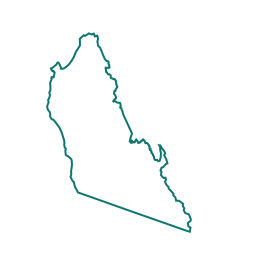 the district of Monterey, California, United States of America, rotated 19°
{"feature_id": "52423323B78495074223375", "entity_name": "Monterey", "entity_type": "district", "adm_level": 2, "iso_a3": "USA", "parent_name": "United States of America", "parent_adm1": "California", "projection": "equal_earth", "projection_center": [-121.197, 36.354], "detail": "fine", "context": "isolated", "style": "outline", "palette": "teal", "viewbox_px": 256, "rotation_deg": 19, "n_neighbors": 0, "source": "geoboundaries", "source_scale": "gbopen_adm2", "svg_char_len": 4616}
<svg xmlns="http://www.w3.org/2000/svg" viewBox="0 0 256 256"><g transform="rotate(19 128 128)"><path d="M70.7,53.4L68.9,50.7L66.9,52.2L64.9,49.9L63.3,51.4L60.2,51.3L57.4,54.9L55.9,54.7L53.4,59.4L53.5,59.7L55.3,64.3L55.7,65.8L53.9,73.2L53.7,78.2L52.9,82.5L51.8,86.1L51.1,87.8L50.0,89.8L48.1,92.4L46.9,93.3L45.3,93.7L45.1,93.7L45.0,92.7L41.5,89.2L40.9,88.8L40.2,88.9L40.0,89.3L39.6,91.4L36.6,96.3L35.8,96.6L36.4,97.6L38.0,98.8L38.6,98.9L38.8,98.4L39.5,98.6L40.6,99.5L41.2,104.3L40.9,104.5L39.3,104.7L39.4,106.1L39.9,106.8L39.8,108.2L39.6,109.7L39.7,110.4L40.0,111.5L41.2,114.1L42.4,118.0L42.1,119.5L42.4,120.9L43.3,121.8L43.5,122.4L43.7,124.0L43.6,126.5L43.3,127.3L44.6,129.8L44.4,132.9L45.0,135.0L46.5,136.9L48.8,138.4L50.2,140.8L50.5,142.2L51.5,143.4L52.8,144.4L53.5,144.6L54.6,144.4L56.4,145.4L62.9,149.8L66.8,153.9L72.0,161.0L72.8,163.0L73.2,164.7L74.4,166.9L75.9,167.8L76.2,169.4L76.1,169.9L77.8,173.4L78.3,173.9L80.0,174.1L82.2,174.9L84.4,175.9L85.2,176.8L87.0,181.0L88.4,187.9L89.4,190.1L89.6,191.1L89.5,192.7L91.9,195.3L93.2,196.2L94.6,196.9L95.3,198.4L97.3,201.3L100.5,204.0L101.6,205.2L164.0,205.8L216.4,206.1L220.2,206.0L219.5,201.8L217.0,201.2L215.5,198.3L217.4,195.4L217.1,193.8L213.7,189.9L209.6,189.7L207.4,187.5L207.4,185.6L205.2,184.0L204.9,181.8L199.9,180.2L197.2,181.1L195.5,178.4L192.6,176.7L192.4,175.4L186.0,171.8L185.4,170.5L183.2,169.5L180.5,166.9L180.7,164.4L179.6,162.8L178.1,163.7L174.6,161.9L173.9,158.6L172.6,157.7L172.6,154.6L174.0,153.6L175.7,149.5L176.8,148.7L174.3,145.0L171.1,142.1L171.4,139.9L169.4,137.7L166.8,136.4L164.3,133.9L163.1,134.2L164.7,135.6L165.8,138.7L167.3,140.9L168.5,145.3L168.6,148.7L167.3,149.6L165.9,148.6L164.6,149.3L164.4,149.2L163.9,149.3L163.4,148.8L163.1,148.9L162.8,148.5L162.3,147.8L162.2,147.3L161.6,146.4L161.0,146.1L160.7,145.9L160.4,145.1L159.9,144.8L159.7,144.4L159.3,144.2L159.0,144.2L158.7,144.1L158.7,143.8L158.3,143.6L158.0,143.1L157.7,143.0L157.6,142.5L157.7,142.3L157.5,142.1L157.4,142.1L157.3,141.9L157.0,141.8L156.7,141.8L156.5,141.5L156.2,141.3L156.2,141.5L156.0,141.4L156.0,141.2L155.9,141.3L155.8,141.1L155.6,141.0L155.3,140.8L155.1,140.5L154.9,140.3L154.7,139.7L154.7,139.3L154.8,139.4L154.8,139.2L154.6,139.1L154.6,138.8L154.3,138.4L153.9,137.9L153.6,137.9L153.4,137.6L153.2,137.3L152.8,137.3L152.6,137.1L152.3,136.7L152.1,136.6L151.8,136.4L151.3,136.2L151.0,136.0L150.6,136.0L150.3,136.2L149.9,136.2L149.6,136.4L149.5,136.6L149.2,136.5L149.0,136.3L148.6,135.6L148.1,135.2L147.8,134.8L147.5,134.8L147.1,134.4L146.7,134.1L146.2,133.8L145.8,134.0L145.6,134.6L145.5,135.2L145.2,135.2L144.8,135.6L144.5,136.2L144.6,136.5L144.6,136.8L144.2,137.0L144.1,137.3L144.0,137.9L143.4,138.3L143.1,138.5L142.5,138.8L142.3,138.5L142.0,138.0L141.6,137.8L141.2,137.3L140.7,136.9L140.5,136.7L140.1,136.7L139.8,136.6L139.6,136.5L139.4,136.3L139.3,136.5L139.2,137.0L139.1,137.9L139.2,138.7L138.8,139.1L138.6,139.5L138.1,139.4L137.7,139.5L137.5,139.8L137.1,139.8L136.9,139.7L136.7,139.8L136.7,140.0L136.5,139.9L136.4,139.7L136.2,140.1L136.1,140.5L135.9,140.7L135.8,140.9L135.6,140.8L135.3,140.9L135.1,140.9L135.0,140.6L135.1,140.4L134.9,140.0L134.9,139.7L135.0,139.4L135.1,139.2L134.8,138.7L134.5,138.8L134.3,138.7L134.1,138.8L134.1,139.0L133.9,139.2L133.6,136.5L133.6,132.0L127.1,125.1L124.7,122.6L119.2,116.9L117.1,113.8L116.6,113.3L115.8,112.4L115.3,111.4L114.8,111.3L114.6,111.5L114.0,111.3L113.8,110.6L114.0,109.8L113.7,108.9L113.1,107.9L112.8,107.3L112.2,106.8L111.9,106.9L111.4,107.1L110.4,107.3L109.7,107.4L108.8,107.4L108.0,107.0L107.1,106.9L106.6,107.0L105.9,107.4L105.8,107.7L105.4,107.5L105.3,107.0L105.7,106.2L105.9,105.4L106.4,104.8L106.8,104.2L106.9,103.5L106.7,102.9L106.4,102.5L105.9,102.0L105.4,101.3L104.8,100.9L104.0,100.4L103.5,99.9L103.5,99.2L103.3,98.9L103.2,98.5L103.1,97.9L103.1,97.7L103.3,97.2L103.6,97.2L104.0,97.1L103.9,96.6L103.9,96.3L103.8,95.7L104.0,95.2L104.0,94.4L104.3,93.3L104.5,93.0L104.5,92.5L104.0,92.0L103.4,91.2L102.9,90.8L102.4,89.9L102.0,89.1L102.1,88.8L101.9,88.3L101.5,88.0L101.3,87.4L100.7,87.0L100.0,86.4L99.6,86.1L99.1,86.3L98.5,86.6L98.1,86.5L97.5,86.4L96.8,86.4L96.5,86.1L95.6,86.2L95.1,85.7L94.9,84.8L94.5,83.9L93.8,83.7L93.1,83.3L92.3,83.4L91.8,83.7L91.1,83.4L90.5,82.8L90.1,82.4L89.6,82.1L89.0,82.0L88.7,81.2L88.5,80.8L88.3,80.4L88.0,79.9L87.7,79.6L87.6,79.0L87.4,78.6L87.3,78.2L87.8,78.1L88.2,78.0L88.9,77.8L89.2,77.7L89.5,77.7L89.9,77.5L90.5,77.2L90.8,76.8L90.6,76.2L90.0,75.5L89.8,75.0L89.7,74.4L89.2,74.0L88.8,73.9L88.4,73.4L88.4,72.3L87.7,71.4L87.3,71.3L86.7,71.5L86.1,71.7L83.6,70.3L79.8,66.1L79.4,65.6L75.5,61.2L73.0,60.0L70.9,56.2L70.7,53.4Z" fill="none" stroke="#0f766e" stroke-width="2"/></g></svg>